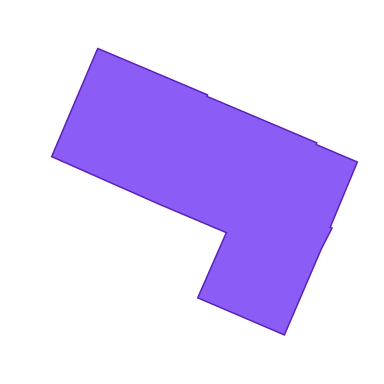 Lincoln, Colorado, United States of America, rotated 293°
{"feature_id": "52423323B65338081573095", "entity_name": "Lincoln", "entity_type": "district", "adm_level": 2, "iso_a3": "USA", "parent_name": "United States of America", "parent_adm1": "Colorado", "projection": "albers", "projection_center": [-103.434, 39.041], "detail": "fine", "context": "isolated", "style": "filled", "palette": "violet", "viewbox_px": 384, "rotation_deg": 293, "n_neighbors": 0, "source": "geoboundaries", "source_scale": "gbopen_adm2", "svg_char_len": 393}
<svg xmlns="http://www.w3.org/2000/svg" viewBox="0 0 384 384"><g transform="rotate(293 192 192)"><path d="M285.9,193.0L285.8,168.4L287.5,168.4L287.3,49.2L285.8,49.1L171.3,49.0L169.7,49.0L167.9,168.3L168.0,239.5L96.8,238.6L96.5,332.9L190.5,333.3L213.5,335.0L213.5,333.0L284.2,332.5L284.2,308.8L284.2,287.7L286.0,287.6L285.9,193.0Z" fill="#8b5cf6" stroke="#5b21b6" stroke-width="1.5"/></g></svg>